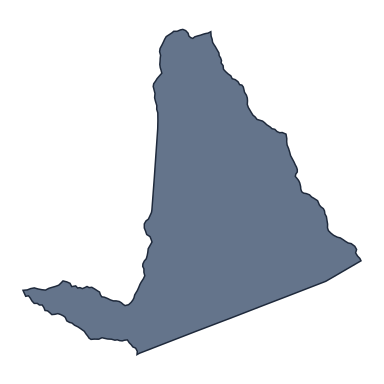 Igaporã, Bahia, Brazil (orthographic projection)
{"feature_id": "56859067B50358984616919", "entity_name": "Igaporã", "entity_type": "district", "adm_level": 2, "iso_a3": "BRA", "parent_name": "Brazil", "parent_adm1": "Bahia", "projection": "orthographic", "projection_center": [-42.745, -13.834], "detail": "fine", "context": "isolated", "style": "filled", "palette": "slate", "viewbox_px": 384, "rotation_deg": 0, "n_neighbors": 0, "source": "geoboundaries", "source_scale": "gbopen_adm2", "svg_char_len": 3212}
<svg xmlns="http://www.w3.org/2000/svg" viewBox="0 0 384 384"><path d="M210.8,31.7L208.1,33.1L205.8,33.5L203.5,34.1L200.4,35.2L197.7,35.9L194.8,36.8L192.8,38.4L190.6,37.6L188.8,35.9L188.1,33.2L185.7,30.6L182.8,29.4L180.4,29.9L177.1,31.3L173.7,31.3L172.0,32.8L169.6,34.4L166.2,36.6L164.7,39.2L163.6,41.6L161.9,45.1L160.1,48.4L159.6,51.7L160.6,55.3L160.2,58.3L160.1,60.8L159.8,64.5L160.3,67.8L161.1,70.3L161.8,73.2L159.6,75.7L157.1,78.6L155.7,80.9L153.7,83.7L153.2,86.5L155.0,93.5L154.6,97.7L155.4,101.0L156.8,105.6L156.7,109.3L157.8,112.8L157.9,120.7L157.7,128.9L154.3,177.8L151.9,209.9L151.5,212.4L150.0,215.7L148.4,219.1L146.0,220.9L144.3,223.9L144.3,228.0L145.4,230.7L146.7,234.5L150.0,236.6L151.2,239.6L152.0,242.0L150.5,244.7L148.2,248.7L147.8,252.3L147.2,255.5L146.3,258.7L144.3,261.0L142.9,263.9L142.7,266.4L143.9,268.8L143.9,272.3L144.8,275.8L143.3,278.9L141.2,282.1L140.0,284.3L138.7,287.5L137.3,290.6L136.0,292.7L134.7,294.9L134.0,297.8L132.9,300.0L131.1,302.4L128.6,304.7L125.0,305.6L123.1,304.3L121.4,302.8L119.3,301.5L116.2,300.9L113.4,300.9L110.4,299.9L107.4,298.4L104.4,297.2L101.7,296.8L100.4,294.7L99.5,292.0L97.6,290.9L94.9,289.1L91.8,287.3L89.1,287.6L87.0,286.5L84.8,287.6L82.4,288.6L79.9,287.6L77.6,288.0L75.7,285.9L71.7,286.6L70.0,283.3L66.9,281.9L63.0,280.9L60.6,283.4L58.7,285.2L55.4,286.4L51.9,287.4L48.9,288.3L45.5,290.1L41.9,289.7L38.2,289.0L34.3,287.9L30.6,288.6L27.3,289.9L23.0,290.3L24.2,293.0L25.7,296.3L28.5,295.8L30.1,297.8L31.9,300.9L34.2,303.4L37.3,303.4L39.4,305.0L42.2,305.0L43.9,307.6L45.0,310.5L47.5,310.8L49.7,312.6L51.8,314.6L54.9,314.3L57.8,313.6L60.6,314.5L63.4,315.9L65.2,317.3L66.8,320.9L69.5,322.4L71.9,323.0L74.5,325.2L78.0,326.9L80.8,328.8L84.3,331.3L86.0,333.9L87.9,336.3L89.1,338.2L91.0,339.4L94.2,339.1L98.8,339.2L102.0,337.7L104.4,338.3L107.6,339.0L111.5,339.2L114.9,340.2L117.3,339.8L119.5,340.6L122.2,340.9L124.6,340.2L127.4,339.9L129.2,342.7L131.2,344.7L132.8,346.9L135.6,348.1L137.3,351.3L137.0,354.6L139.3,353.3L195.5,331.5L235.6,316.2L260.8,306.4L287.1,296.3L325.8,281.3L361.0,260.8L359.9,258.5L357.6,256.1L355.6,252.9L356.6,249.5L354.8,246.3L351.2,243.6L348.2,243.0L345.7,241.5L343.0,239.6L340.3,237.9L337.4,237.2L333.6,235.3L330.5,232.8L328.4,230.6L327.5,227.9L327.6,224.1L327.0,220.5L326.4,216.6L324.9,213.9L324.5,210.9L323.4,208.7L320.9,206.8L319.4,205.0L317.6,200.7L313.9,198.3L311.6,197.0L309.5,194.8L306.4,193.6L303.5,193.1L301.7,191.7L300.8,189.1L300.6,186.4L299.7,182.8L298.6,180.5L297.0,178.4L295.3,176.4L295.8,174.1L297.3,172.0L297.3,169.6L296.5,167.1L295.2,164.7L294.1,162.2L292.4,159.0L290.6,155.7L289.6,151.9L288.6,148.6L287.1,145.0L286.7,141.7L286.8,138.6L286.0,134.1L282.2,132.5L279.7,132.7L277.1,131.6L274.8,129.3L272.0,128.7L270.2,127.0L266.8,124.8L264.6,122.7L262.6,121.1L259.7,120.2L257.0,119.4L255.2,117.0L252.9,115.1L251.3,112.5L249.9,110.1L248.4,107.6L247.3,104.5L247.5,100.8L247.3,98.0L246.4,95.2L244.5,92.2L244.0,89.9L243.3,87.0L241.9,85.1L239.6,84.6L238.0,81.7L235.2,79.6L232.2,78.7L230.8,75.8L228.2,74.0L225.6,71.6L223.5,69.3L223.1,65.6L221.1,62.9L221.5,60.7L220.6,57.9L219.2,55.7L218.9,52.9L217.1,49.8L215.3,46.6L214.0,44.7L212.6,42.3L212.1,39.1L211.1,36.1L210.8,31.7Z" fill="#64748b" stroke="#1e293b" stroke-width="1.5"/></svg>